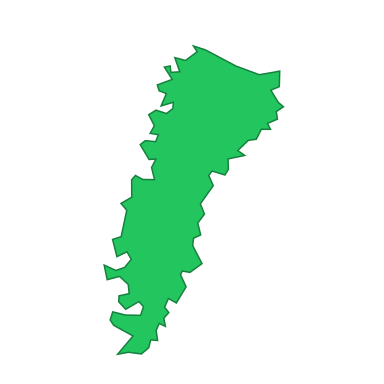 the district of King William, Virginia, United States of America, rotated 72°
{"feature_id": "52423323B734450842646", "entity_name": "King William", "entity_type": "district", "adm_level": 2, "iso_a3": "USA", "parent_name": "United States of America", "parent_adm1": "Virginia", "projection": "mercator", "projection_center": [-77.062, 37.714], "detail": "fine", "context": "isolated", "style": "filled", "palette": "green", "viewbox_px": 384, "rotation_deg": 72, "n_neighbors": 0, "source": "geoboundaries", "source_scale": "gbopen_adm2", "svg_char_len": 1428}
<svg xmlns="http://www.w3.org/2000/svg" viewBox="0 0 384 384"><g transform="rotate(72 192 192)"><path d="M53.6,145.5L60.2,143.8L64.9,157.5L58.9,166.8L73.9,166.5L71.7,175.1L65.4,173.8L64.7,179.7L78.8,176.0L79.4,191.9L85.6,192.0L90.5,186.0L100.6,194.8L100.9,182.0L106.7,184.4L109.5,192.0L103.0,201.0L105.1,209.3L117.3,207.3L123.3,213.7L127.1,206.3L132.9,211.0L128.7,220.6L130.9,226.6L147.8,222.8L149.5,216.1L156.2,222.9L168.7,223.8L164.8,235.0L158.8,240.7L161.7,245.6L178.3,250.9L180.9,263.1L189.2,259.7L212.6,273.2L212.6,282.2L230.3,283.4L228.8,272.3L237.3,270.6L242.9,279.4L243.1,288.6L234.4,298.1L249.2,299.8L249.9,287.0L260.2,281.2L269.2,283.2L268.2,293.5L273.8,295.6L283.1,291.3L279.8,276.4L286.1,273.6L293.4,279.0L288.4,293.4L281.5,304.4L288.4,309.4L294.7,307.6L310.7,292.6L323.3,312.8L324.8,301.9L330.4,290.2L326.7,281.2L319.9,277.0L322.6,270.6L312.6,268.9L306.9,263.8L311.6,258.8L303.3,257.8L299.5,251.3L293.1,253.7L286.0,247.3L292.7,241.2L280.3,226.9L267.1,228.5L264.2,225.7L267.8,218.7L263.2,204.6L243.2,207.9L236.5,204.9L235.5,197.0L223.3,196.1L216.9,187.0L205.8,187.7L192.5,169.8L181.5,171.0L178.3,166.5L186.0,155.4L181.7,150.4L171.7,147.5L173.5,130.6L166.7,135.7L160.3,122.4L161.7,114.6L153.8,106.7L156.6,98.0L150.1,99.0L149.1,88.2L141.6,87.0L139.2,78.7L133.5,82.2L119.5,85.6L118.8,76.4L104.1,71.2L103.4,76.9L101.2,91.8L85.7,111.4L61.0,135.3L53.6,145.5Z" fill="#22c55e" stroke="#15803d" stroke-width="1.5"/></g></svg>